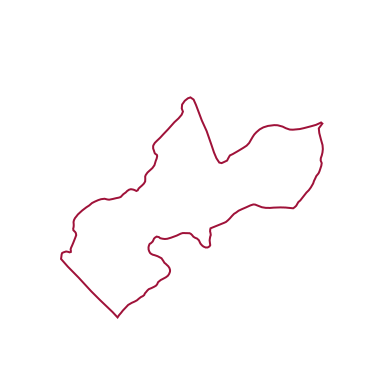 outline of Lolo-Bouenguidi, Ogooué-Lolo, Gabon, rotated 248°
{"feature_id": "22940354B13456808053161", "entity_name": "Lolo-Bouenguidi", "entity_type": "district", "adm_level": 2, "iso_a3": "GAB", "parent_name": "Gabon", "parent_adm1": "Ogooué-Lolo", "projection": "natural_earth1", "projection_center": [12.301, -1.15], "detail": "fine", "context": "isolated", "style": "outline", "palette": "rose", "viewbox_px": 384, "rotation_deg": 248, "n_neighbors": 0, "source": "geoboundaries", "source_scale": "gbopen_adm2", "svg_char_len": 3368}
<svg xmlns="http://www.w3.org/2000/svg" viewBox="0 0 384 384"><g transform="rotate(248 192 192)"><path d="M103.6,76.0L105.0,78.0L106.5,80.9L108.0,83.5L109.5,86.8L111.2,90.5L111.8,94.6L111.9,97.7L112.2,100.4L113.0,102.7L113.7,105.2L113.9,107.5L114.4,109.1L115.6,110.3L116.5,112.1L117.4,113.7L118.1,115.5L118.1,118.3L118.3,121.3L118.6,123.4L119.4,125.0L121.1,126.8L122.1,130.0L122.3,132.1L122.7,135.8L123.4,138.3L124.6,140.1L126.3,141.7L127.8,142.4L129.9,142.6L132.0,142.2L133.5,141.5L135.3,140.7L136.7,139.9L138.7,139.6L142.0,138.9L145.3,136.1L147.4,133.7L148.6,132.1L149.9,131.0L151.2,130.3L153.0,130.1L154.9,130.2L157.1,131.0L158.6,132.1L159.8,133.4L159.9,134.7L160.8,137.0L161.9,138.2L162.9,139.2L163.5,140.4L163.9,142.5L162.6,144.4L161.1,145.2L159.7,147.2L158.6,149.2L157.9,151.5L157.5,155.4L157.3,161.5L157.6,166.0L157.4,168.1L156.0,171.3L154.7,174.3L153.5,175.3L151.9,176.0L150.1,176.5L148.4,177.7L147.0,179.2L144.7,180.3L141.0,180.5L138.7,181.3L137.1,182.2L135.4,183.9L134.7,185.8L135.0,187.8L135.9,189.0L137.9,189.5L140.5,190.2L142.1,191.1L143.7,192.1L145.1,193.3L147.2,193.8L148.7,194.0L150.5,194.9L151.4,195.6L151.4,210.5L151.5,212.3L152.3,214.7L153.3,217.1L154.9,220.3L156.0,222.8L156.4,225.1L157.2,228.2L157.4,231.9L157.5,236.2L157.7,241.1L157.5,244.1L156.7,245.8L154.7,247.9L151.7,251.1L149.7,254.4L148.0,258.4L146.9,261.9L145.7,265.2L144.6,268.2L142.6,272.8L139.0,279.7L139.4,281.4L140.2,283.5L141.4,285.0L142.8,286.8L143.6,289.2L146.3,293.9L148.6,297.9L149.9,301.0L151.7,303.9L154.5,307.5L156.7,309.4L158.1,311.0L160.2,313.2L161.9,316.3L163.4,317.9L168.0,321.8L168.4,322.0L170.2,323.1L173.0,323.1L175.1,324.1L177.4,326.1L179.8,327.8L182.8,329.4L186.6,330.6L192.2,331.2L199.0,332.1L203.5,333.4L206.6,338.5L208.1,337.7L208.0,336.6L207.8,332.2L208.3,327.4L209.3,319.7L210.0,315.5L212.0,308.8L213.3,306.0L216.0,302.9L218.7,300.5L221.8,296.4L223.2,293.3L224.8,287.2L225.2,282.4L224.7,278.2L223.3,274.1L222.0,271.3L220.5,269.1L218.5,266.5L216.0,263.3L214.5,260.0L213.7,256.0L212.7,249.7L211.9,244.0L211.7,240.8L209.9,238.5L208.0,236.3L207.8,233.1L207.7,230.3L209.1,228.3L214.1,227.3L220.4,227.2L228.8,227.7L243.0,228.4L254.6,227.9L271.2,228.3L277.1,228.1L280.3,226.0L280.4,223.3L279.3,219.5L276.8,215.6L273.3,213.8L269.9,213.7L267.5,211.3L265.3,207.1L263.3,201.8L259.1,193.3L256.3,187.1L254.3,182.9L252.6,178.6L251.5,176.0L250.2,174.2L249.2,173.2L246.9,172.3L244.8,172.2L242.0,172.0L240.9,172.4L239.7,173.3L238.4,173.2L236.3,171.8L234.5,170.1L232.5,168.5L230.9,167.2L229.0,164.2L228.2,162.0L227.5,160.1L226.7,158.0L225.1,155.5L223.9,154.4L221.7,153.6L219.3,152.5L217.8,150.5L216.8,148.2L215.9,145.6L215.2,143.8L213.9,142.3L213.8,140.8L215.4,139.4L216.4,138.2L217.5,136.4L217.7,134.5L217.2,132.2L216.4,130.4L215.7,127.5L215.0,126.0L214.1,124.0L214.2,122.0L214.7,119.4L215.2,116.0L215.9,112.3L216.8,110.7L218.5,108.4L219.4,105.0L219.6,102.1L219.5,98.4L219.2,95.1L218.0,91.6L217.4,88.4L216.0,83.3L215.0,80.6L213.9,77.7L213.0,76.2L211.6,73.7L210.1,72.0L208.5,70.9L206.3,70.2L204.8,69.6L203.4,68.8L202.7,68.2L201.0,67.7L200.0,68.1L198.7,68.7L197.4,68.9L195.4,68.5L193.5,66.8L191.2,64.6L189.3,62.8L187.2,60.7L185.6,59.0L184.4,58.0L183.0,57.7L181.8,57.2L181.9,55.9L183.0,54.6L184.0,53.0L184.2,50.0L184.0,48.6L182.7,47.6L180.7,46.5L179.0,45.5L169.3,48.9L155.1,54.8L137.6,61.4L126.1,66.3L110.4,73.4L103.6,76.0Z" fill="none" stroke="#9f1239" stroke-width="2"/></g></svg>